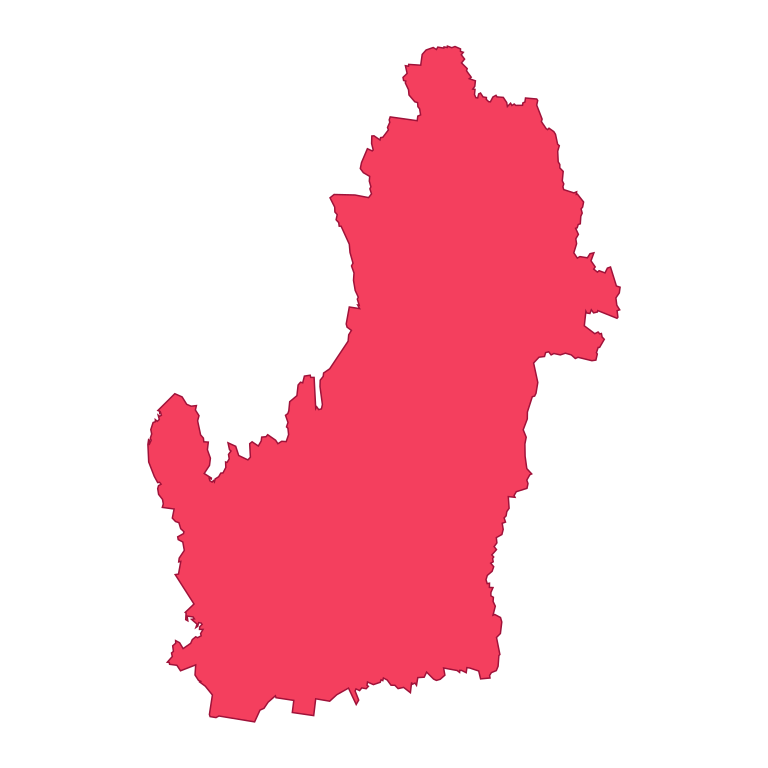 the district of Banana, Queensland, Australia
{"feature_id": "25037944B6409140573096", "entity_name": "Banana", "entity_type": "district", "adm_level": 2, "iso_a3": "AUS", "parent_name": "Australia", "parent_adm1": "Queensland", "projection": "equal_earth", "projection_center": [149.813, -24.807], "detail": "fine", "context": "isolated", "style": "filled", "palette": "rose", "viewbox_px": 768, "rotation_deg": 0, "n_neighbors": 0, "source": "geoboundaries", "source_scale": "gbopen_adm2", "svg_char_len": 6081}
<svg xmlns="http://www.w3.org/2000/svg" viewBox="0 0 768 768"><path d="M403.0,77.4L403.6,80.5L405.8,81.1L405.3,82.9L408.5,89.7L409.0,95.0L414.8,101.8L417.6,102.6L417.9,106.7L419.6,108.8L420.6,114.9L417.8,116.1L417.2,120.7L390.2,116.9L389.2,119.9L389.8,122.3L387.5,127.5L388.4,129.9L382.8,137.3L380.6,137.6L380.0,140.0L374.0,135.8L371.8,136.0L371.6,143.5L373.2,149.9L372.2,150.9L367.4,148.7L361.5,162.6L360.3,168.6L363.4,172.7L369.7,176.4L369.3,181.1L370.9,186.8L369.9,188.8L371.5,193.9L368.6,197.6L355.0,195.0L334.1,194.5L330.0,197.8L334.7,207.1L334.9,212.0L337.2,214.6L336.1,219.8L338.7,222.6L339.2,226.2L341.1,226.2L349.3,244.2L350.0,252.5L353.0,263.2L351.5,265.9L354.0,273.0L353.5,280.4L355.2,290.5L358.3,297.2L357.3,299.1L359.2,305.3L357.7,305.0L359.6,308.6L349.3,307.0L346.2,324.0L347.1,327.2L351.4,330.4L348.7,334.8L348.1,341.2L329.7,368.8L323.6,373.0L323.2,376.4L320.2,380.2L320.0,386.6L322.4,404.6L321.4,408.9L318.7,409.6L316.7,406.8L315.7,408.5L314.1,377.4L310.7,377.4L310.2,375.2L304.4,376.1L302.7,382.8L300.5,382.2L298.1,385.0L296.9,395.7L289.7,401.7L288.8,410.8L287.8,413.6L285.5,415.3L288.0,422.5L286.5,426.9L287.9,428.2L288.6,434.6L286.2,441.6L281.7,441.3L277.9,443.7L275.6,440.2L267.7,434.7L266.0,436.7L261.7,437.1L261.2,441.0L258.3,446.0L252.1,441.8L249.7,443.7L250.4,457.2L247.9,459.9L238.7,455.5L235.7,446.3L228.0,442.8L229.5,449.7L231.0,451.0L228.5,454.4L229.2,458.8L227.1,462.4L225.6,462.0L225.8,467.5L223.0,472.9L220.8,473.1L218.7,476.7L215.1,479.0L214.4,482.0L213.4,480.6L212.1,482.1L209.8,480.7L209.2,478.4L211.3,479.0L211.4,478.1L204.2,473.5L209.5,465.4L210.4,458.2L207.4,449.8L208.3,442.1L203.8,441.8L203.4,438.1L200.6,434.9L197.6,420.8L199.0,415.7L195.4,410.0L196.4,405.6L191.1,406.2L186.7,404.3L182.1,396.9L174.8,393.7L157.9,410.5L159.6,411.2L159.7,413.1L160.5,412.3L161.4,415.3L159.6,416.3L158.2,415.2L159.3,419.4L157.3,421.3L155.3,419.6L155.4,421.7L153.1,422.5L150.8,429.6L151.7,434.0L150.3,438.2L151.2,440.3L149.0,445.0L149.4,440.1L148.6,439.6L147.9,444.4L148.7,462.0L154.3,476.4L157.7,482.6L159.6,482.3L161.1,484.2L158.5,485.7L157.7,488.6L158.6,494.4L162.5,499.4L163.3,503.9L162.3,507.4L174.1,509.0L172.3,518.1L175.5,521.5L178.9,522.7L180.7,528.7L183.9,531.7L183.5,533.6L177.7,536.8L178.2,539.6L182.8,542.0L184.3,550.4L179.2,558.1L178.7,561.9L180.8,561.4L178.5,574.1L175.2,574.6L194.0,604.0L185.2,612.4L186.1,613.1L185.7,619.6L187.8,620.8L187.1,616.1L193.0,616.9L194.4,618.9L191.5,619.3L197.1,624.2L195.9,627.5L197.7,626.3L198.7,622.6L201.1,623.0L202.1,624.4L199.7,626.9L199.5,629.4L203.0,629.4L200.6,633.6L201.2,635.8L197.6,637.7L195.7,636.8L192.3,639.6L190.7,643.3L183.1,648.6L179.6,642.7L175.6,640.6L175.7,643.2L172.7,645.8L173.4,651.4L171.5,653.0L172.3,656.5L167.3,662.2L169.3,662.5L169.6,664.3L176.9,665.3L180.5,670.8L195.7,664.9L195.0,675.0L198.5,680.4L200.7,681.3L199.7,682.0L205.3,686.2L212.4,695.0L209.4,714.5L210.1,716.6L216.0,717.6L218.9,716.0L254.6,721.9L260.0,710.1L264.0,708.3L268.1,702.2L275.4,695.8L276.0,697.7L293.8,700.4L292.3,712.5L313.7,715.6L315.7,698.8L329.7,701.2L336.8,694.7L348.5,688.1L356.2,704.5L358.7,700.1L355.1,691.0L356.0,688.9L359.6,690.6L361.8,687.9L366.2,688.7L368.4,686.3L367.0,685.3L367.5,682.0L373.4,684.6L380.2,682.3L381.1,679.8L382.8,680.6L383.4,678.0L387.2,680.0L391.0,685.2L394.9,685.3L398.1,688.6L403.6,687.4L410.4,692.7L411.6,682.4L412.2,684.3L415.0,683.1L416.5,685.3L417.8,677.6L424.2,677.2L426.6,672.1L433.6,679.1L436.4,680.4L440.2,679.3L444.9,675.2L443.6,668.0L457.1,670.5L459.6,672.4L459.8,670.3L461.6,670.4L466.2,672.7L466.9,667.6L469.7,668.0L478.7,671.0L480.6,678.9L490.0,678.0L489.6,675.4L491.4,672.6L496.3,670.6L498.1,666.2L498.9,655.5L499.9,654.5L496.5,637.5L500.4,633.5L501.8,622.0L500.5,617.5L494.8,614.5L493.0,615.2L495.3,606.2L493.1,601.5L493.4,597.3L490.9,595.8L490.9,592.5L493.0,587.6L489.4,587.4L489.5,583.2L487.2,583.6L486.0,579.7L487.3,575.4L492.1,571.3L493.7,566.7L490.7,563.2L493.2,561.8L492.6,558.5L493.7,557.0L491.8,554.9L496.5,549.6L494.1,546.6L496.9,542.9L496.3,537.6L501.9,534.5L503.2,529.4L502.2,523.3L505.5,522.1L504.1,517.9L506.1,515.9L506.8,511.6L509.1,508.3L508.3,496.6L515.0,497.3L514.1,495.5L516.3,491.7L527.0,488.3L528.0,483.6L526.8,480.1L529.8,474.8L531.7,473.9L526.8,468.6L525.1,456.2L524.9,444.0L526.2,437.2L523.2,429.8L527.3,418.9L527.4,412.0L532.3,396.7L534.6,396.1L536.0,393.3L537.8,382.5L533.6,363.0L539.0,357.2L544.5,356.5L545.6,352.6L548.7,351.8L551.1,354.9L553.9,353.5L560.3,354.9L565.4,353.2L571.3,354.9L575.3,358.5L578.0,357.3L591.9,360.7L595.9,360.1L597.3,354.0L596.4,352.7L598.2,347.4L599.6,347.4L604.3,339.3L602.1,337.0L601.4,333.5L599.7,333.9L598.1,332.0L594.8,333.7L584.3,325.8L585.9,311.3L586.7,313.0L589.9,313.5L591.3,309.8L593.6,312.9L597.4,312.0L597.8,310.6L617.0,318.3L617.9,317.2L617.1,310.7L619.7,309.8L616.8,305.2L615.9,297.9L619.3,292.9L620.1,287.2L616.4,286.0L610.5,267.0L607.4,268.1L605.0,272.9L599.1,270.7L597.4,272.1L593.7,269.1L595.2,266.9L591.0,260.8L593.9,252.8L590.0,253.7L587.4,257.8L579.9,256.6L577.3,258.1L573.8,252.8L576.6,243.7L575.8,238.8L578.4,234.4L575.6,228.3L577.2,227.8L578.2,224.5L580.3,223.8L580.8,216.3L582.2,213.1L581.1,208.9L582.6,207.1L583.6,202.0L577.4,194.1L576.3,194.4L576.6,191.8L573.9,192.9L563.7,189.6L562.9,186.8L563.8,183.9L562.3,180.9L563.2,171.4L559.8,167.9L559.8,164.5L558.2,161.8L557.7,151.2L559.3,145.7L557.6,144.2L555.5,134.3L553.8,131.6L549.0,128.2L547.6,129.6L546.2,128.7L541.4,121.6L542.1,119.1L536.7,105.1L537.7,100.5L536.7,99.0L525.5,98.0L524.9,102.0L522.9,102.9L522.5,105.3L515.7,105.4L514.2,104.0L511.9,105.5L510.6,103.2L507.4,106.5L506.7,102.5L503.3,97.4L497.0,96.9L496.0,95.3L492.9,97.0L490.4,101.8L488.7,101.7L486.3,99.4L486.4,97.5L483.0,96.9L480.5,93.0L478.7,93.9L477.7,97.9L475.9,97.7L474.5,94.6L475.0,89.4L472.8,89.1L474.8,86.3L475.4,80.8L469.3,78.7L471.2,77.2L466.5,70.8L467.2,68.6L461.5,62.9L464.6,59.1L461.3,54.8L463.3,52.3L460.5,51.4L460.5,48.9L455.0,46.5L451.8,47.7L447.4,46.1L447.2,47.5L444.0,46.9L443.8,48.1L437.8,47.1L436.4,49.5L433.2,47.5L426.1,50.0L422.2,54.4L420.7,65.2L408.7,64.4L408.5,66.2L405.4,65.7L407.1,73.4L403.0,77.4Z" fill="#f43f5e" stroke="#9f1239" stroke-width="1.5"/></svg>